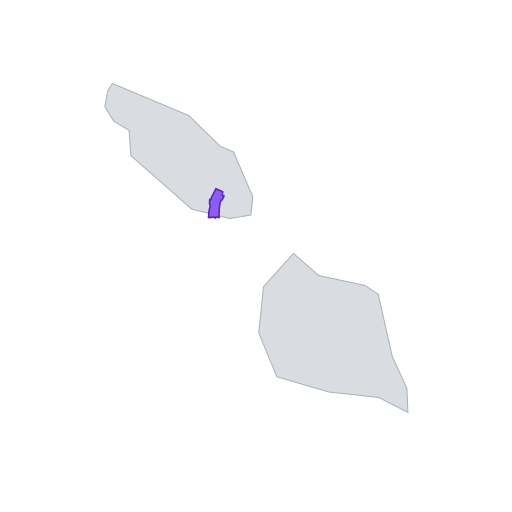 Aana Alofi I, A'ana, Samoa (highlighted), rotated 203°
{"feature_id": "51752279B79579016440908", "entity_name": "Aana Alofi I", "entity_type": "district", "adm_level": 2, "iso_a3": "WSM", "parent_name": "Samoa", "parent_adm1": "A'ana", "projection": "natural_earth1", "projection_center": [-171.93, -13.846], "detail": "fine", "context": "in_parent", "style": "filled", "palette": "violet", "viewbox_px": 512, "rotation_deg": 203, "n_neighbors": 0, "source": "geoboundaries", "source_scale": "gbopen_adm2", "svg_char_len": 2402}
<svg xmlns="http://www.w3.org/2000/svg" viewBox="0 0 512 512"><g transform="rotate(203 256 256)"><path d="M189.6,153.0L223.5,186.4L237.1,230.7L222.5,273.0L190.5,262.5L144.0,271.5L128.5,268.5L91.2,216.6L65.4,193.2L55.0,171.3L87.9,173.7L136.0,159.2L189.6,153.0ZM455.6,358.7L372.7,359.0L331.8,343.0L317.2,342.9L282.1,309.3L276.7,291.7L295.1,280.1L333.5,274.0L410.4,299.5L422.0,322.1L439.7,324.5L453.5,334.4L457.0,350.2L455.6,358.7Z" fill="#d9dde1" stroke="#a8b0b8" stroke-width="1"/><path d="M311.4,301.1L311.5,301.7L311.7,302.1L316.6,302.3L319.2,302.3L319.3,301.3L319.3,300.8L319.3,300.2L319.4,299.1L319.4,298.8L319.4,298.6L319.7,295.3L319.8,294.1L319.9,292.2L319.7,292.1L319.8,291.5L319.7,291.3L319.6,291.0L319.7,290.2L319.8,289.9L320.0,290.0L320.6,290.0L320.4,288.8L319.4,286.3L318.8,285.5L318.3,284.8L318.0,284.4L317.9,284.3L317.8,284.2L317.5,284.1L317.5,283.6L317.4,282.9L317.4,282.2L317.3,281.4L317.3,281.1L316.6,278.1L316.6,277.8L316.6,277.5L316.3,277.3L316.2,277.1L316.0,276.9L315.8,276.5L315.8,276.2L315.7,275.8L315.6,275.6L315.5,275.1L315.3,274.6L315.1,274.1L315.1,273.9L315.1,273.7L315.1,273.2L314.9,273.1L314.7,273.0L314.3,273.0L314.1,272.9L314.0,273.0L313.9,273.1L313.9,273.3L313.7,273.4L313.6,273.5L313.4,273.6L313.1,273.8L312.9,273.8L312.7,273.9L312.4,273.9L312.2,273.8L311.8,274.0L311.7,274.2L311.7,274.4L311.6,274.6L311.4,274.7L311.2,274.8L310.8,274.9L310.5,275.0L310.2,275.1L309.8,275.1L309.5,275.1L309.3,275.1L309.1,275.2L308.8,275.1L308.7,275.0L308.5,274.9L308.4,275.0L308.1,275.2L308.0,275.3L308.0,275.6L307.9,275.8L308.0,275.9L307.9,275.9L307.8,276.1L307.5,276.3L307.5,276.2L307.3,276.3L307.2,276.4L307.2,276.6L306.9,276.8L306.7,276.8L306.1,277.0L306.0,276.9L305.9,276.9L305.9,277.0L305.4,277.1L305.1,276.9L305.0,277.2L305.3,277.9L305.4,278.1L305.6,278.4L305.6,278.5L305.8,278.8L305.9,279.0L306.0,279.5L306.2,279.8L306.5,280.2L306.9,280.7L306.9,280.8L307.0,281.0L306.9,281.5L306.9,282.1L307.0,282.3L307.3,282.8L307.5,283.3L308.4,285.1L308.5,285.8L308.6,286.5L308.9,287.5L309.1,288.1L309.3,288.6L309.3,289.0L309.4,289.6L309.5,289.8L309.7,290.3L309.8,290.4L309.8,290.7L309.8,291.4L309.9,294.0L309.3,294.1L309.2,294.4L309.1,294.9L309.1,295.3L309.0,295.5L309.0,295.8L309.0,296.3L308.9,296.6L308.9,296.9L308.8,297.3L308.8,297.5L308.8,298.1L309.0,298.4L309.0,298.7L309.1,299.0L310.6,298.4L310.7,298.6L311.2,300.5L311.4,301.1Z" fill="#8b5cf6" stroke="#5b21b6" stroke-width="1.5"/></g></svg>